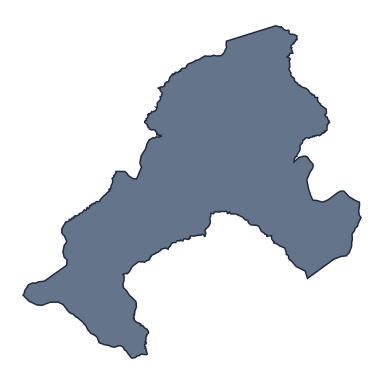 the district of Lupososhi, Northern, Zambia
{"feature_id": "96606910B11970238956391", "entity_name": "Lupososhi", "entity_type": "district", "adm_level": 2, "iso_a3": "ZMB", "parent_name": "Zambia", "parent_adm1": "Northern", "projection": "orthographic", "projection_center": [29.571, -10.656], "detail": "fine", "context": "isolated", "style": "filled", "palette": "slate", "viewbox_px": 384, "rotation_deg": 0, "n_neighbors": 0, "source": "geoboundaries", "source_scale": "gbopen_adm2", "svg_char_len": 5960}
<svg xmlns="http://www.w3.org/2000/svg" viewBox="0 0 384 384"><path d="M307.5,278.4L334.0,259.1L341.5,256.3L346.1,255.9L349.2,252.8L351.6,246.4L351.7,242.1L352.4,239.3L352.0,234.2L354.4,230.8L355.3,228.0L357.5,226.4L357.9,224.1L361.0,217.4L359.3,215.3L358.7,210.9L359.6,204.9L359.4,202.2L355.7,200.7L349.1,196.7L344.1,191.3L342.4,191.0L340.1,191.3L336.5,193.5L328.5,199.6L323.9,201.7L322.2,202.1L316.5,200.4L312.9,200.2L311.0,196.3L308.5,188.7L306.8,179.8L310.1,172.0L312.5,168.4L313.2,166.2L312.9,164.0L309.5,160.4L307.5,157.1L305.5,156.1L302.4,156.4L298.9,157.7L294.0,161.9L294.2,159.1L295.6,156.9L296.9,156.4L297.0,155.0L299.7,150.5L300.2,148.5L299.8,145.7L302.4,142.8L303.1,139.9L303.7,140.0L306.1,137.7L309.3,138.2L310.2,137.4L312.3,137.1L313.4,135.9L314.2,136.6L315.8,135.3L316.4,135.8L317.8,134.9L319.4,135.7L321.4,134.4L321.6,133.3L322.9,133.4L323.9,132.3L324.4,132.6L325.2,131.7L324.9,131.0L325.8,131.0L326.9,130.1L327.1,125.6L327.7,124.9L327.3,124.5L329.5,122.4L328.5,121.7L329.0,120.7L327.9,119.7L327.2,117.1L325.9,116.7L325.4,115.0L324.8,115.0L324.9,114.5L326.5,113.3L326.2,109.1L320.6,105.1L320.5,104.0L318.8,102.5L317.4,100.0L317.7,97.5L315.0,97.4L314.3,95.1L312.1,94.8L312.4,94.3L309.8,92.6L308.1,90.0L305.9,88.3L301.4,86.9L300.1,85.2L298.4,85.2L297.4,83.1L295.6,82.0L294.2,80.2L294.5,78.8L293.3,77.4L291.9,76.7L290.6,74.7L291.0,73.1L288.7,69.0L290.0,66.8L289.5,65.6L289.8,64.1L289.2,61.0L290.4,59.0L289.1,58.2L289.1,57.6L287.2,57.3L287.4,56.4L289.2,55.5L289.6,53.6L292.9,53.1L291.2,48.6L291.8,47.7L290.7,47.2L291.4,45.2L294.0,43.3L293.6,42.8L295.2,41.6L295.7,39.9L296.5,40.0L297.2,39.3L296.6,38.0L297.0,36.0L294.4,34.6L292.2,34.1L291.3,34.4L289.5,33.7L289.0,32.9L289.1,30.8L288.4,30.2L286.4,30.5L283.6,29.5L282.6,27.9L281.3,27.3L281.3,26.7L279.9,27.0L275.7,25.8L226.4,41.2L226.1,45.3L226.7,47.2L223.6,53.4L221.1,55.7L216.3,56.0L214.0,55.2L210.6,56.3L204.6,56.0L198.4,59.9L195.9,60.3L193.2,62.1L188.5,63.8L186.5,65.8L186.5,67.3L184.3,68.4L182.1,68.3L180.7,69.9L180.5,71.1L179.7,70.8L178.0,72.5L175.2,72.3L174.9,73.8L173.9,73.7L173.3,74.7L172.7,74.0L170.0,77.2L168.3,81.9L167.0,81.8L164.8,83.5L164.9,85.1L163.5,86.6L162.2,87.3L161.4,86.9L160.3,87.1L160.3,87.7L158.3,87.9L158.3,88.4L160.1,89.0L160.2,90.7L162.0,92.6L162.3,93.7L161.5,94.9L161.5,96.2L160.1,96.8L160.6,98.5L159.7,100.8L158.5,101.3L157.2,103.3L157.3,106.3L156.9,107.8L156.3,107.6L156.8,108.2L156.5,109.5L154.3,111.5L153.5,111.3L151.9,112.1L151.6,111.8L151.0,113.2L149.5,113.6L149.4,114.3L148.7,114.0L148.8,114.7L147.7,114.8L148.1,115.9L147.8,117.1L147.2,118.2L146.1,118.8L146.5,120.2L144.8,121.1L144.7,122.5L147.5,124.6L147.3,125.8L148.2,126.4L148.1,127.5L149.1,127.9L149.4,129.1L151.5,129.9L154.8,129.7L155.5,131.5L156.9,132.5L156.8,134.6L157.5,134.3L157.6,135.0L158.5,134.8L159.0,135.4L160.9,135.3L161.2,136.3L159.2,137.0L156.2,136.9L154.2,138.3L153.2,137.6L149.0,140.0L146.7,144.5L145.7,148.7L141.1,156.0L139.9,162.4L140.5,165.3L141.6,166.9L136.6,178.9L133.5,178.7L132.1,178.1L128.5,175.7L126.5,172.9L124.7,171.5L115.9,171.4L115.9,173.7L113.7,175.7L114.0,176.7L112.1,178.5L112.7,180.1L112.4,183.3L111.2,185.3L110.7,188.4L109.2,189.2L109.6,189.5L109.1,189.6L109.0,190.3L109.6,190.8L106.4,193.3L106.0,194.5L104.1,195.5L100.3,199.7L99.7,201.5L96.4,201.6L94.8,203.4L94.1,203.0L92.6,204.2L91.6,204.1L91.3,205.3L90.3,205.3L89.5,206.0L89.6,207.0L88.6,208.6L87.4,207.5L86.6,208.3L86.7,209.5L85.9,210.3L84.3,209.9L82.2,212.6L79.1,213.8L79.2,214.7L76.7,215.9L75.0,215.7L74.4,217.5L73.3,217.1L72.8,218.6L71.6,218.3L70.7,220.0L69.3,219.4L69.0,221.1L65.8,222.0L61.9,228.6L61.7,232.4L62.9,234.6L64.4,235.8L66.5,240.8L66.6,242.1L64.2,245.5L62.9,251.9L64.1,257.0L67.0,259.8L66.6,265.3L44.3,281.2L38.7,281.8L35.6,283.1L32.6,283.0L28.5,284.7L24.4,291.4L24.6,292.8L23.0,295.1L29.2,301.3L36.8,304.9L41.8,305.4L50.2,302.2L55.0,302.1L58.4,302.2L63.2,304.6L68.4,311.5L71.0,313.5L73.1,314.0L76.0,317.0L77.7,317.8L83.4,322.7L83.7,323.7L85.8,325.6L88.0,330.0L91.0,333.4L94.9,335.3L97.1,337.2L99.1,342.7L104.6,344.7L109.1,345.4L110.8,346.5L114.4,347.2L119.2,345.7L121.2,346.0L123.1,347.2L124.4,349.7L125.9,350.7L131.1,357.7L132.0,358.2L135.6,357.5L136.9,356.1L139.5,355.5L139.9,354.8L141.7,354.2L146.6,354.7L147.2,354.0L145.8,348.3L145.2,348.1L145.5,346.8L144.7,346.4L144.6,344.3L145.7,344.1L146.3,343.0L146.3,342.5L145.7,342.6L144.9,341.8L145.8,340.7L146.1,336.4L146.9,335.8L146.6,334.8L148.4,333.3L148.4,331.5L147.1,329.2L144.4,327.9L143.3,326.0L140.5,325.2L140.9,324.2L140.2,323.6L137.1,322.5L135.4,321.3L134.3,319.8L134.3,318.4L133.5,318.3L134.5,314.7L133.8,314.3L134.8,313.1L134.6,312.0L136.4,307.0L136.1,302.3L135.7,301.2L129.0,294.8L126.7,290.9L123.4,287.7L123.0,283.8L124.0,280.5L124.1,276.2L122.9,274.3L126.9,273.3L127.5,273.6L129.6,271.2L132.2,266.5L138.3,261.9L139.5,261.6L141.6,262.0L142.2,261.6L144.4,262.3L147.5,260.2L149.1,260.0L149.8,258.0L150.4,257.9L150.5,256.8L151.4,256.2L151.3,255.4L155.8,253.4L155.8,252.9L158.4,252.2L159.1,251.1L160.8,250.4L161.1,249.2L165.7,248.0L168.2,249.2L168.5,247.9L170.5,245.7L171.0,244.3L172.8,242.7L175.7,242.5L177.3,240.7L180.0,240.8L180.5,240.0L182.9,241.0L183.5,239.3L184.9,238.7L188.4,239.5L189.3,238.9L189.1,238.4L190.4,237.9L189.9,236.7L190.9,235.8L194.0,236.2L198.2,235.2L198.7,235.5L199.3,235.0L201.0,235.2L202.4,234.2L203.6,234.7L204.5,236.4L205.0,236.3L205.8,232.8L204.8,230.6L205.6,229.1L208.8,226.3L210.3,222.9L209.9,217.7L210.7,216.2L210.7,213.8L211.0,213.3L213.3,213.8L215.2,211.6L216.1,212.0L217.5,211.6L218.9,212.2L221.7,211.3L224.4,211.6L225.8,211.2L226.5,211.5L227.5,213.5L228.7,213.2L229.4,212.1L230.9,213.9L235.8,214.0L242.8,217.2L245.2,219.9L247.8,220.2L248.4,222.7L250.7,224.8L256.7,225.4L258.9,226.4L261.3,231.2L264.0,233.0L264.9,234.3L266.8,234.6L266.8,236.3L271.5,235.7L271.6,238.8L272.9,240.8L274.1,241.6L273.7,242.9L276.5,243.7L279.8,245.9L284.9,248.1L286.4,253.0L286.2,254.3L288.3,255.5L288.7,256.5L288.4,257.4L289.4,259.7L291.2,260.7L296.1,266.5L305.2,271.1L307.5,278.4Z" fill="#64748b" stroke="#1e293b" stroke-width="1.5"/></svg>